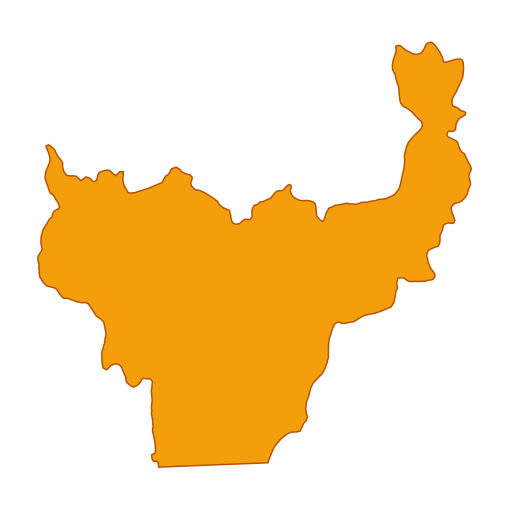 Aurora do Pará, Pará, Brazil (Natural Earth projection), rotated 178°
{"feature_id": "56859067B35276359605385", "entity_name": "Aurora do Pará", "entity_type": "district", "adm_level": 2, "iso_a3": "BRA", "parent_name": "Brazil", "parent_adm1": "Pará", "projection": "natural_earth1", "projection_center": [-47.772, -2.26], "detail": "fine", "context": "isolated", "style": "filled", "palette": "amber", "viewbox_px": 512, "rotation_deg": 178, "n_neighbors": 0, "source": "geoboundaries", "source_scale": "gbopen_adm2", "svg_char_len": 5626}
<svg xmlns="http://www.w3.org/2000/svg" viewBox="0 0 512 512"><g transform="rotate(178 256 256)"><path d="M413.1,152.0L412.7,149.5L409.5,147.6L407.4,149.0L405.4,151.2L402.9,152.4L401.1,153.1L398.0,152.8L395.6,151.3L394.0,148.9L391.4,141.6L390.3,139.4L390.3,135.8L388.9,133.4L386.0,130.8L382.9,129.2L378.7,131.2L376.2,133.5L374.3,136.9L372.5,137.8L370.1,137.1L367.6,137.1L365.3,136.4L363.9,134.0L364.3,131.5L364.8,127.2L365.4,124.9L365.0,119.5L364.8,115.1L365.8,109.0L365.6,104.4L366.1,101.6L365.2,97.0L365.0,92.4L364.9,88.6L365.6,85.4L365.1,82.4L364.4,78.9L363.4,71.9L363.2,65.8L363.7,62.4L367.2,61.1L367.0,57.1L365.6,54.2L362.8,54.5L360.9,53.2L360.8,48.4L308.6,48.7L306.3,48.7L251.2,48.9L250.1,52.4L247.8,57.5L244.9,63.6L242.2,67.2L239.8,69.8L237.5,72.3L231.8,76.6L227.3,78.7L221.5,78.8L218.0,79.5L216.6,82.4L213.8,87.7L211.8,89.4L210.1,93.4L211.1,96.5L211.7,101.2L210.8,107.6L208.2,114.3L205.5,123.3L203.0,127.3L198.3,132.0L194.0,136.0L191.2,140.8L188.8,146.7L187.2,152.1L186.6,164.9L185.5,171.3L183.7,175.9L182.3,180.4L179.9,185.0L176.8,187.1L174.6,186.8L172.7,185.7L169.2,185.6L165.3,186.4L160.2,187.0L158.2,188.2L154.6,190.5L149.9,192.9L138.8,194.8L133.5,196.3L129.3,197.9L122.7,200.4L119.9,204.6L118.6,209.5L117.4,215.7L115.5,219.3L116.3,223.5L115.3,228.6L112.6,229.3L108.8,228.6L104.6,225.4L100.4,224.9L98.5,225.3L95.9,224.9L93.7,225.0L88.5,224.8L83.7,225.9L81.7,225.9L79.5,226.8L78.0,229.2L78.0,231.6L79.4,234.1L82.1,237.8L82.9,240.7L84.0,243.4L84.5,245.7L84.8,248.2L85.6,250.7L83.8,255.1L82.0,256.4L79.7,257.5L75.7,258.9L73.3,259.6L72.0,262.6L71.6,265.5L71.5,268.1L71.2,270.6L68.7,275.5L68.3,278.0L67.4,280.2L65.7,281.5L62.4,282.4L59.0,281.7L56.9,282.2L56.1,284.5L57.1,288.6L58.6,292.8L59.1,295.1L59.3,297.8L57.9,299.7L55.4,301.5L50.9,302.6L48.4,303.8L46.5,305.7L44.6,307.6L43.0,309.9L41.3,315.1L40.2,317.6L39.1,319.9L39.4,323.0L40.0,325.4L40.5,327.8L39.9,330.7L38.8,332.9L37.8,335.5L38.4,338.1L41.1,343.2L43.1,348.4L44.1,350.8L46.2,352.4L47.8,354.1L49.0,356.6L50.4,362.3L51.8,364.1L55.4,366.1L58.7,367.6L60.6,369.1L60.9,371.4L59.4,373.9L54.1,373.7L52.2,375.6L51.4,381.0L50.2,383.2L48.7,385.6L46.5,387.2L43.9,388.6L41.9,389.8L41.6,392.2L43.9,393.5L46.0,393.9L47.6,395.6L49.6,397.3L52.1,398.1L54.1,399.5L54.9,402.2L54.5,405.2L53.5,407.9L52.0,410.4L50.3,412.7L47.8,418.0L46.2,420.9L43.8,426.0L43.0,428.3L42.7,431.0L42.2,433.9L42.0,436.6L42.2,442.2L42.9,444.6L44.9,445.8L49.6,445.7L51.9,445.0L60.1,442.9L62.0,443.9L62.6,447.3L64.0,450.9L65.3,453.5L68.8,459.2L70.2,461.0L72.9,463.6L75.8,463.2L78.3,462.0L79.8,459.3L80.8,457.0L82.7,454.6L84.9,452.5L88.8,452.0L92.0,452.5L98.7,456.4L101.7,458.7L104.2,461.1L106.5,461.5L109.0,460.8L108.7,455.7L110.3,451.7L112.2,446.2L113.1,441.9L113.1,438.1L112.2,435.6L110.8,433.0L110.0,428.8L109.1,424.6L107.9,421.6L107.2,417.7L107.4,415.1L107.2,412.3L106.6,405.7L106.0,403.6L103.6,400.2L100.9,399.0L98.6,397.4L95.3,394.8L93.3,392.3L91.0,389.7L88.3,386.7L86.0,384.6L85.1,381.0L86.4,377.9L88.0,375.9L93.6,371.0L96.8,367.5L98.4,365.8L100.0,363.7L101.5,360.5L103.1,355.6L103.9,352.5L104.3,349.4L103.9,346.2L104.5,342.5L104.8,339.3L105.7,335.8L106.6,333.1L108.0,327.1L109.0,323.3L110.3,319.1L112.3,316.2L114.2,313.8L116.2,312.2L118.6,311.0L121.1,310.1L123.1,309.2L125.1,308.6L131.8,308.2L133.8,307.4L136.1,307.0L139.0,306.8L142.7,305.9L145.9,306.0L148.8,305.8L151.2,305.0L154.1,304.2L156.6,304.6L159.7,304.7L163.4,305.6L171.4,304.2L175.1,304.0L178.3,302.3L181.3,301.4L183.4,298.3L184.9,295.2L185.7,292.8L186.6,290.0L188.1,288.0L191.1,290.2L193.9,293.7L194.3,300.4L194.8,306.0L196.4,307.6L198.6,308.8L202.8,309.7L208.5,309.7L211.1,310.4L213.7,311.7L215.7,313.1L217.4,314.6L218.7,316.8L219.5,320.5L218.5,322.7L218.5,325.5L220.8,326.2L223.4,324.3L225.5,321.9L227.5,320.5L232.5,320.3L234.6,318.7L237.3,315.8L239.2,313.3L241.1,312.6L244.4,311.3L247.7,309.9L250.0,309.9L252.5,307.6L256.1,306.7L257.6,304.2L258.5,301.8L258.6,295.0L261.0,292.6L265.7,293.2L268.5,291.5L271.0,289.1L275.1,288.4L277.8,289.6L279.4,292.6L279.9,297.5L281.0,302.6L283.6,303.7L285.5,304.7L287.4,305.8L291.0,308.7L292.5,311.9L295.6,314.5L304.0,320.4L310.1,323.6L314.0,324.1L317.8,327.9L318.8,331.5L317.7,333.7L316.9,336.6L318.9,339.4L321.0,339.9L324.0,340.9L327.4,342.8L328.7,344.9L332.7,347.6L337.6,346.0L339.3,342.4L340.9,340.5L343.7,338.9L347.4,332.6L362.2,327.1L375.3,323.4L377.6,323.4L379.7,323.3L381.7,324.2L383.7,327.9L385.6,331.8L386.2,334.6L386.4,338.2L385.9,341.7L385.5,344.9L389.7,344.8L391.3,342.9L393.6,341.3L396.2,343.5L399.1,346.5L401.7,347.1L404.4,346.5L407.9,345.9L410.2,344.4L411.3,342.1L412.6,337.1L415.8,335.8L419.4,339.6L423.2,341.0L426.0,339.0L428.3,337.4L430.9,340.0L433.0,342.1L436.5,342.5L438.9,342.5L442.5,343.3L445.1,347.2L446.2,351.9L446.0,355.8L447.3,358.3L450.1,361.8L452.4,366.3L453.4,369.0L454.8,370.6L456.7,372.5L459.4,374.5L462.2,373.0L460.2,367.7L459.2,364.6L458.4,359.7L459.3,356.1L463.1,347.6L463.9,343.9L464.1,341.2L462.4,335.0L461.4,332.6L460.9,329.9L459.3,325.9L456.8,324.3L455.3,322.0L454.2,319.4L452.1,316.6L450.6,311.0L453.9,309.1L456.2,307.8L457.9,305.0L458.5,302.2L461.2,300.0L463.7,296.0L467.7,290.3L469.9,283.5L470.4,279.2L470.4,276.2L470.1,273.6L469.4,270.9L470.4,268.3L472.0,266.1L473.9,263.2L474.2,260.2L473.2,254.5L473.5,251.5L473.2,249.0L473.3,246.5L472.9,242.9L469.6,237.0L466.3,233.5L458.5,231.1L456.0,229.2L454.7,226.5L452.7,223.6L450.0,220.5L446.0,220.4L443.7,219.3L440.8,218.4L437.5,216.8L434.5,216.0L431.7,215.3L429.1,215.4L426.3,214.9L424.6,213.1L421.3,207.8L417.8,201.8L413.1,198.2L410.6,195.5L409.7,190.8L408.6,183.6L409.7,178.3L410.2,175.0L411.0,172.6L413.5,165.0L413.6,159.2L413.5,154.8L413.1,152.0Z" fill="#f59e0b" stroke="#b45309" stroke-width="1.5"/></g></svg>